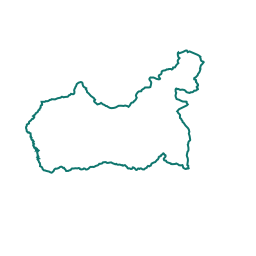 Quan Son, Thanh Hóa, Vietnam, rotated 336°
{"feature_id": "81297802B81765499113898", "entity_name": "Quan Son", "entity_type": "district", "adm_level": 2, "iso_a3": "VNM", "parent_name": "Vietnam", "parent_adm1": "Thanh Hóa", "projection": "orthographic", "projection_center": [104.801, 20.254], "detail": "fine", "context": "isolated", "style": "outline", "palette": "teal", "viewbox_px": 256, "rotation_deg": 336, "n_neighbors": 0, "source": "geoboundaries", "source_scale": "gbopen_adm2", "svg_char_len": 5789}
<svg xmlns="http://www.w3.org/2000/svg" viewBox="0 0 256 256"><g transform="rotate(336 128 128)"><path d="M223.1,92.2L222.1,90.5L221.2,89.3L215.6,83.3L215.4,83.1L213.4,83.0L213.4,81.9L213.2,81.1L212.1,80.7L209.1,80.9L205.3,80.6L204.9,80.2L204.8,79.4L204.1,79.7L203.2,81.5L203.1,82.5L202.9,83.0L202.9,83.8L203.5,85.1L201.7,86.0L200.9,86.6L200.3,88.0L200.4,89.2L198.1,90.0L195.6,91.7L193.8,91.1L193.1,92.1L191.8,92.4L191.3,91.6L189.3,90.7L188.5,90.8L187.2,90.2L185.7,90.5L183.5,89.9L182.3,89.9L181.7,90.2L181.1,91.3L180.4,92.1L179.9,92.3L177.9,92.4L177.3,92.9L177.0,93.7L177.4,95.9L176.9,96.3L175.9,96.1L175.2,95.6L174.0,94.7L172.7,93.1L171.6,92.1L170.0,91.5L169.3,91.0L168.8,91.0L167.7,91.6L167.3,92.4L167.8,95.2L167.6,96.2L166.2,98.3L165.0,99.7L163.6,99.5L160.0,97.9L159.2,98.3L156.0,98.8L155.1,99.8L152.8,99.0L151.5,99.3L149.6,100.4L148.5,101.4L148.2,103.0L148.3,103.9L146.6,105.2L145.0,105.9L144.4,105.9L143.3,106.7L142.0,106.4L140.8,106.6L138.9,108.1L137.1,108.9L136.3,107.7L134.5,106.3L133.0,106.1L130.5,104.7L128.4,103.9L125.1,104.2L123.3,103.9L121.1,103.2L119.8,102.4L119.1,101.6L117.9,100.0L117.7,99.4L116.7,98.9L115.8,97.2L114.9,96.5L113.6,94.1L112.2,94.4L109.6,94.0L108.8,92.1L108.1,90.9L107.9,89.9L108.2,89.3L109.1,89.1L109.5,88.7L109.0,88.0L109.0,86.8L107.1,83.6L106.1,80.3L105.2,78.6L105.5,77.6L105.5,76.1L105.2,75.5L105.5,75.0L106.0,74.7L104.5,72.7L104.1,71.5L104.3,69.6L104.7,68.6L104.4,67.5L103.6,66.8L101.3,66.5L99.1,67.0L97.4,68.8L96.6,69.2L95.9,70.0L94.8,70.8L94.1,71.7L93.9,72.9L93.4,73.7L93.3,74.2L92.2,74.9L91.5,74.8L89.8,73.6L88.8,74.2L87.3,74.1L86.2,74.8L85.5,74.9L83.0,74.0L81.7,73.8L81.0,73.0L80.1,72.5L78.8,72.9L75.8,72.2L73.0,72.2L69.9,70.6L69.0,70.9L67.9,70.5L66.5,70.9L65.0,70.7L63.9,70.0L62.6,70.2L59.7,68.9L59.2,71.5L58.8,72.0L57.5,72.0L56.8,73.0L56.5,73.9L55.3,74.3L54.6,75.3L53.5,75.3L51.9,76.7L49.7,77.0L48.9,77.8L46.1,78.5L46.8,79.9L45.9,80.6L45.0,81.0L44.2,80.7L43.4,81.0L42.7,81.5L40.2,82.1L39.6,82.8L39.4,83.6L37.0,83.7L36.2,85.1L35.2,85.7L34.7,87.1L34.7,88.3L34.2,89.6L34.5,90.4L34.5,91.2L35.0,91.7L35.7,91.6L35.9,92.4L36.8,93.2L36.6,94.0L36.0,95.2L36.0,96.0L35.4,96.2L35.3,96.5L35.6,97.1L35.5,97.6L35.8,97.8L35.3,98.4L35.2,99.2L35.7,99.9L35.6,100.2L36.1,100.4L36.3,101.9L35.9,101.9L35.9,102.2L35.2,102.7L35.2,103.5L35.6,103.6L35.7,104.3L34.9,104.5L34.3,105.4L34.6,105.7L34.4,106.0L34.5,107.1L34.8,107.6L34.5,107.8L35.0,108.2L34.9,108.5L35.4,108.6L35.1,109.4L35.5,109.7L35.3,110.1L36.2,109.6L36.4,109.9L36.4,110.5L35.6,111.0L36.6,111.1L36.7,111.5L37.2,112.2L36.3,112.6L35.6,112.6L35.1,113.0L35.1,114.0L34.7,114.6L34.8,115.2L34.5,115.9L34.5,117.4L34.0,117.2L33.9,117.6L33.2,117.8L34.1,119.6L32.9,119.4L32.6,119.6L33.0,121.9L32.8,123.3L33.2,124.0L32.8,125.9L32.1,127.1L33.3,128.5L33.5,130.1L33.3,130.8L33.9,132.4L35.2,133.2L35.7,133.8L38.3,135.8L38.8,136.6L39.9,137.7L40.8,137.7L42.8,136.9L43.7,136.0L45.2,135.6L46.3,136.2L48.5,136.4L49.9,136.0L50.5,136.0L51.5,136.3L52.3,137.4L52.4,138.0L53.4,138.4L53.4,139.6L53.9,140.2L54.0,142.1L55.9,142.9L57.1,142.8L57.6,143.0L58.9,142.9L59.6,142.4L60.5,142.2L61.2,142.7L63.6,143.4L65.3,144.3L66.6,144.5L67.4,145.1L67.4,145.9L68.3,146.8L70.1,147.3L71.3,147.0L72.1,147.6L72.6,148.7L72.9,148.9L73.9,149.2L75.4,149.1L77.0,148.4L78.0,148.3L79.4,149.0L80.0,149.1L80.8,149.7L82.2,149.7L82.8,149.5L85.1,149.8L86.2,149.6L87.2,149.0L88.5,149.6L90.1,149.8L91.2,149.2L93.6,150.0L94.0,150.3L94.3,151.0L95.3,151.7L97.9,152.3L98.8,152.7L99.4,153.7L101.7,156.0L102.7,156.0L103.1,156.8L103.9,157.5L105.5,158.0L107.4,159.7L107.8,159.7L108.1,160.4L109.6,160.5L110.3,160.9L110.6,162.0L111.2,163.1L111.3,164.4L111.7,165.1L112.5,165.2L113.4,165.9L113.9,166.6L114.8,166.9L116.0,166.5L116.3,165.9L116.5,165.9L117.5,167.0L118.0,168.3L118.2,169.3L118.4,169.5L118.8,169.8L119.5,169.7L120.8,169.1L121.2,169.3L121.9,170.1L122.5,169.9L123.4,170.1L124.5,171.7L125.8,172.4L126.8,172.0L129.0,171.9L129.6,171.3L130.9,170.8L131.9,171.7L132.9,171.5L133.5,171.6L135.1,170.1L137.5,170.0L139.0,170.2L141.7,168.9L142.5,168.9L143.8,167.9L144.2,167.1L145.1,166.8L145.6,167.0L146.8,166.9L147.4,166.2L148.6,166.1L149.9,165.5L150.3,166.0L150.5,167.5L151.1,168.0L151.0,168.9L150.3,169.6L149.1,170.1L148.2,170.6L148.0,171.1L147.9,171.9L148.0,172.3L149.4,173.3L149.5,174.7L149.9,175.3L152.6,177.7L152.5,178.1L152.8,178.5L154.3,179.3L156.7,180.1L157.1,180.0L157.9,180.2L158.3,180.9L158.9,181.5L159.6,182.9L160.6,183.3L161.0,183.7L162.6,184.0L162.7,184.4L162.3,186.7L163.1,188.0L164.0,188.9L165.0,189.1L165.4,188.9L166.3,189.5L167.0,189.5L167.1,188.2L167.7,186.9L167.1,185.9L169.4,182.3L169.9,181.1L170.3,179.7L170.3,178.3L170.6,176.8L172.7,173.9L173.8,173.3L174.3,172.7L175.2,170.6L175.9,167.4L176.7,166.9L177.0,166.1L177.8,165.2L178.6,164.8L179.7,164.5L180.0,164.1L181.0,160.5L181.3,157.8L182.5,156.4L182.9,154.2L182.8,152.7L181.5,149.1L180.9,145.7L180.3,144.9L180.6,143.4L180.2,142.4L180.3,141.4L179.9,140.5L179.6,140.2L179.9,138.9L180.6,137.9L180.8,137.2L180.5,135.9L179.9,134.5L180.0,133.4L179.7,132.8L182.2,131.6L190.9,131.3L192.2,130.8L191.8,129.0L191.8,128.5L192.2,128.1L192.1,127.7L188.8,126.1L186.8,123.9L186.5,123.3L184.2,121.3L184.3,118.9L184.6,117.7L186.4,115.4L186.3,114.2L187.2,112.1L187.9,111.6L188.4,111.7L189.0,112.6L189.8,112.8L191.2,114.4L193.2,115.0L194.8,116.1L195.6,117.3L196.0,119.0L197.3,120.1L198.7,121.1L199.6,120.8L201.4,121.5L202.4,121.4L203.7,120.8L204.7,121.3L205.9,121.4L206.9,120.9L207.6,121.0L207.9,120.0L207.3,119.1L207.6,118.2L209.2,117.8L209.7,116.5L209.2,115.8L209.2,114.2L208.8,113.7L208.9,113.2L209.4,112.7L209.6,111.7L208.3,110.5L208.3,110.2L208.9,109.3L210.5,109.2L213.0,108.2L213.8,107.2L215.7,106.2L216.7,105.3L218.2,103.6L217.9,103.1L219.9,100.6L220.5,100.2L221.4,100.0L223.9,98.7L223.9,98.2L222.4,96.8L222.2,95.8L222.4,94.5L222.7,93.8L222.6,92.5L223.1,92.2Z" fill="none" stroke="#0f766e" stroke-width="2"/></g></svg>